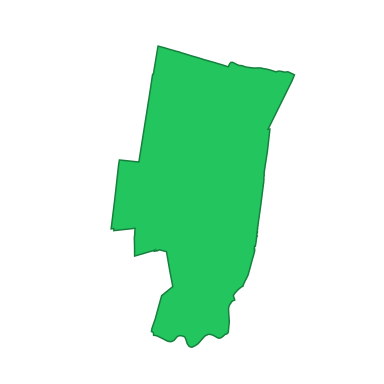 the district of Ivesti, Galati, Romania, rotated 292°
{"feature_id": "2599482B90967632450026", "entity_name": "Ivesti", "entity_type": "district", "adm_level": 2, "iso_a3": "ROU", "parent_name": "Romania", "parent_adm1": "Galati", "projection": "natural_earth1", "projection_center": [27.541, 45.68], "detail": "fine", "context": "isolated", "style": "filled", "palette": "green", "viewbox_px": 384, "rotation_deg": 292, "n_neighbors": 0, "source": "geoboundaries", "source_scale": "gbopen_adm2", "svg_char_len": 3088}
<svg xmlns="http://www.w3.org/2000/svg" viewBox="0 0 384 384"><g transform="rotate(292 192 192)"><path d="M107.9,272.1L109.7,270.6L111.4,269.1L113.7,269.5L115.5,270.1L116.8,270.6L118.2,271.1L121.1,272.6L121.8,273.0L122.5,273.4L123.4,274.2L124.0,274.6L124.7,274.3L130.0,274.6L131.7,274.8L135.9,275.1L136.5,275.0L137.0,275.0L140.2,274.6L142.3,274.4L147.1,273.8L152.0,273.2L156.3,272.8L158.6,272.5L160.9,272.2L161.1,271.7L162.3,271.7L162.5,271.2L162.9,271.2L163.5,270.9L163.4,270.7L163.7,270.7L165.3,270.3L165.5,271.0L165.8,270.9L166.1,270.9L166.6,270.8L170.6,269.9L173.0,269.2L173.6,269.0L174.0,268.9L174.4,268.8L175.0,268.6L175.1,269.0L175.7,268.8L175.8,268.8L175.7,268.4L178.4,267.6L178.5,267.9L179.4,267.7L179.3,267.4L180.9,267.0L181.2,266.9L182.2,266.7L182.3,266.7L182.7,266.6L182.7,266.4L184.5,265.8L184.6,266.0L186.5,265.5L191.3,264.2L191.6,264.2L194.1,263.6L197.1,262.8L202.1,261.6L226.8,255.1L228.0,254.8L231.2,253.8L231.6,253.4L231.9,253.3L234.6,252.7L235.4,252.2L238.0,251.4L245.1,249.7L257.9,246.7L279.5,240.7L278.7,239.0L332.6,243.1L339.0,243.1L339.4,237.3L339.4,236.2L339.1,235.3L337.8,233.0L337.5,230.5L336.6,227.0L334.9,224.9L334.7,223.0L334.6,221.3L334.5,220.4L334.4,218.7L334.1,216.8L334.0,215.8L334.0,215.5L333.7,214.3L333.2,212.1L332.9,210.5L332.9,209.6L332.3,208.1L331.8,206.7L331.5,206.1L330.9,204.8L330.5,203.7L330.3,203.4L330.0,202.5L329.7,201.6L329.6,201.0L329.2,199.6L328.9,198.3L328.4,196.5L328.0,194.9L328.0,192.9L327.9,191.7L327.8,190.8L327.4,189.4L327.1,188.8L327.0,187.2L327.0,186.1L327.1,184.9L327.3,183.7L327.4,180.9L327.3,180.5L326.9,179.9L326.8,179.6L325.4,179.0L323.8,178.8L321.7,178.7L321.4,175.3L321.3,173.4L321.1,171.2L320.8,168.4L320.4,163.7L319.3,154.2L318.8,147.5L318.0,140.2L317.5,134.2L317.1,129.7L317.0,126.8L316.9,126.3L316.8,125.8L316.6,124.9L316.5,123.8L316.3,121.6L315.8,117.3L315.4,112.6L314.9,108.6L314.6,105.9L312.5,106.3L303.5,108.3L296.8,109.8L286.9,112.0L286.6,111.9L286.5,111.7L286.3,111.4L262.4,117.1L261.7,117.2L251.0,119.7L199.9,131.5L194.5,112.7L189.6,113.8L153.9,123.8L153.7,123.8L130.3,130.1L127.5,130.8L128.8,133.2L126.9,134.0L137.0,152.8L136.5,153.0L132.8,154.2L132.3,154.5L127.8,155.7L125.6,156.7L118.1,159.9L111.5,162.6L111.1,162.8L123.0,177.9L123.8,178.7L123.9,178.9L122.9,179.2L124.0,180.9L124.6,180.6L124.2,181.5L126.2,183.6L127.1,190.7L111.1,200.6L97.1,209.6L87.6,204.4L85.3,203.1L84.6,202.7L83.6,202.8L74.6,203.8L60.2,205.5L55.2,205.7L50.2,206.0L48.9,206.3L47.4,206.7L47.5,207.0L47.5,207.3L47.5,207.7L47.4,208.2L47.1,208.8L46.0,209.5L44.7,210.1L45.0,210.7L45.2,211.4L45.5,213.7L45.2,217.9L45.0,220.6L44.6,224.3L44.6,225.1L44.6,225.4L44.8,226.9L45.4,228.7L47.6,230.9L50.9,232.0L52.6,232.6L53.8,233.8L54.7,235.7L55.0,238.1L54.9,239.6L53.2,241.4L49.6,244.4L48.0,246.8L47.7,248.5L48.1,250.2L51.2,252.9L53.7,254.5L63.1,257.8L66.0,260.3L66.8,262.1L67.1,265.1L66.8,267.4L66.4,270.5L66.5,271.8L67.6,273.4L69.4,274.6L72.5,276.1L73.4,277.4L74.4,278.0L75.8,278.1L78.9,277.2L85.9,275.1L93.9,271.2L97.5,269.6L100.5,269.0L105.0,269.9L105.6,270.2L106.2,270.5L107.9,272.1Z" fill="#22c55e" stroke="#15803d" stroke-width="1.5"/></g></svg>